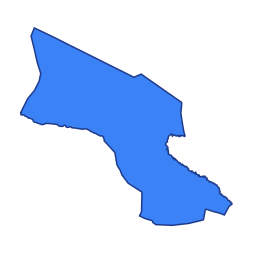 Choibalsan, Dornod, Mongolia (Albers equal-area conic projection), rotated 273°
{"feature_id": "93677404B46281126061299", "entity_name": "Choibalsan", "entity_type": "district", "adm_level": 2, "iso_a3": "MNG", "parent_name": "Mongolia", "parent_adm1": "Dornod", "projection": "albers", "projection_center": [115.229, 48.891], "detail": "fine", "context": "isolated", "style": "filled", "palette": "blue", "viewbox_px": 256, "rotation_deg": 273, "n_neighbors": 0, "source": "geoboundaries", "source_scale": "gbopen_adm2", "svg_char_len": 5380}
<svg xmlns="http://www.w3.org/2000/svg" viewBox="0 0 256 256"><g transform="rotate(273 128 128)"><path d="M156.4,180.1L165.8,165.0L182.5,138.3L179.0,131.2L188.3,109.8L201.1,80.4L207.6,65.3L213.8,51.4L223.0,29.2L214.7,26.4L202.8,30.0L189.2,33.8L177.9,38.0L170.4,36.9L160.9,32.8L152.1,26.3L142.9,22.3L138.1,20.2L138.1,20.5L137.7,20.8L137.4,20.8L137.2,20.8L136.5,20.2L136.4,20.2L135.9,20.3L135.6,20.6L135.5,20.8L135.5,21.6L135.4,22.5L135.7,23.3L135.6,23.6L134.5,24.6L134.4,24.9L134.3,25.7L134.2,26.0L133.9,26.5L133.5,26.8L132.8,28.0L132.4,30.1L131.9,31.5L131.7,32.0L131.3,32.4L131.1,32.6L130.2,32.9L129.6,33.3L129.3,33.6L129.0,34.2L128.9,34.5L128.6,36.3L128.0,37.8L127.4,40.2L126.8,42.0L127.5,44.4L127.7,44.8L128.0,45.0L128.2,45.7L128.3,46.1L128.3,49.1L128.2,52.8L128.0,54.8L127.9,56.4L127.7,57.1L127.4,57.7L126.5,58.9L126.2,59.3L126.1,59.8L126.1,60.2L126.2,61.6L126.1,62.5L126.3,62.9L127.2,63.9L127.4,64.1L127.5,64.5L127.4,64.8L127.1,65.3L126.9,65.5L126.1,66.0L125.8,66.3L125.5,67.2L125.6,68.6L125.9,69.2L126.2,69.9L126.2,70.3L125.9,71.1L125.5,71.7L125.3,72.4L125.2,73.0L125.3,75.6L124.9,76.3L124.9,76.6L125.0,77.1L125.0,77.6L124.6,80.1L124.5,81.4L124.4,82.3L125.0,85.9L125.0,86.7L124.7,87.2L124.4,87.6L123.7,89.4L123.4,89.9L122.8,90.5L122.7,90.9L122.1,92.6L121.1,94.6L121.0,94.8L121.0,95.8L120.8,96.2L120.1,97.4L118.7,100.4L118.6,101.0L118.7,101.6L118.8,102.0L118.8,102.4L118.6,102.9L117.6,103.8L115.9,104.5L115.5,105.0L114.1,104.8L102.8,116.2L90.6,118.9L85.0,122.6L81.0,124.3L72.9,131.0L64.7,145.3L45.1,145.9L40.8,144.1L38.5,149.7L36.6,157.3L35.0,157.7L33.0,160.8L33.1,177.1L35.9,193.8L39.3,205.2L40.3,208.1L50.3,209.5L51.0,210.2L49.1,217.4L47.7,224.1L46.2,228.8L54.9,232.9L57.5,235.8L58.3,235.6L58.3,235.1L58.9,234.8L59.1,234.5L59.4,234.5L59.4,234.0L60.8,233.0L60.8,232.3L61.1,231.7L62.6,230.8L64.1,229.2L64.2,228.9L64.3,228.6L64.3,228.3L64.2,227.8L64.3,227.4L64.8,227.4L64.9,227.1L65.2,226.5L65.6,225.6L65.9,225.2L66.2,225.2L66.9,224.7L67.0,224.7L67.0,224.4L66.9,223.8L66.9,223.6L67.1,223.2L67.3,223.0L67.5,222.9L67.9,222.8L68.4,223.0L68.9,223.4L69.1,223.4L69.3,223.3L69.7,222.8L70.0,222.6L70.5,222.8L71.1,222.5L71.8,222.5L72.1,222.4L72.4,222.1L72.9,222.0L73.2,221.8L73.6,221.2L74.4,220.3L74.9,220.2L75.5,219.8L75.8,219.2L75.8,218.5L76.4,218.3L76.6,218.0L76.7,217.5L76.8,217.1L77.0,216.8L77.4,216.5L77.4,216.4L77.0,215.9L77.7,215.3L77.8,215.0L78.3,214.6L78.3,214.2L78.5,213.6L78.5,213.3L78.3,212.9L78.2,212.7L78.6,212.5L78.5,212.4L78.8,212.2L79.7,211.0L80.0,210.5L80.0,209.9L80.1,209.6L80.6,209.3L81.7,209.7L82.1,209.5L82.2,209.3L82.0,208.9L82.0,208.7L83.4,207.8L84.0,207.2L83.9,206.8L83.4,206.6L83.7,206.4L83.7,206.2L83.4,206.0L83.3,205.9L83.6,205.5L83.7,205.3L83.7,205.2L83.2,205.2L83.5,204.8L83.6,204.6L83.3,203.9L83.2,203.1L83.0,202.8L83.0,202.5L83.2,202.4L83.5,202.2L83.6,201.9L84.1,201.7L84.5,201.7L84.7,201.3L84.6,201.1L84.9,201.0L84.9,200.8L84.9,200.7L84.6,200.6L84.9,200.5L85.0,199.9L85.1,199.6L85.1,199.1L85.8,198.8L85.6,198.5L85.7,198.0L85.7,197.9L85.9,197.9L86.3,198.2L86.5,198.2L86.5,197.8L86.6,197.6L86.9,197.6L86.4,197.2L86.5,197.0L86.7,196.9L86.7,196.7L86.4,196.9L86.2,196.8L86.1,196.7L86.7,196.0L87.1,195.7L87.3,195.3L87.4,195.0L87.4,194.6L87.7,194.8L87.9,194.7L87.7,194.1L87.7,193.9L88.4,193.9L88.4,193.6L88.2,193.1L88.1,192.8L88.4,192.2L88.6,191.6L88.9,191.1L89.1,190.8L89.4,190.4L89.8,190.3L90.0,190.4L90.0,190.1L90.8,190.1L91.1,189.9L92.1,188.9L92.6,188.2L92.7,187.9L92.7,187.6L92.3,187.0L92.4,186.4L92.6,186.2L93.1,186.1L93.3,186.0L93.8,185.3L93.9,185.0L93.7,184.9L93.6,184.5L93.8,184.3L94.0,183.7L94.4,183.7L94.1,183.4L94.2,183.2L94.7,182.9L94.8,182.5L95.0,182.1L95.7,181.9L95.9,181.8L96.0,181.4L95.9,180.9L96.7,179.9L96.9,179.3L97.4,179.1L98.0,178.5L98.3,178.0L98.5,177.8L98.7,177.7L98.8,177.4L99.0,177.3L99.2,176.9L99.5,177.0L99.6,176.9L99.3,176.5L99.3,176.4L99.5,176.3L100.0,175.8L100.0,175.6L99.9,175.5L99.4,175.6L99.5,175.5L99.9,175.3L99.9,175.2L100.2,175.2L100.3,175.1L100.2,174.9L100.6,175.0L100.9,175.0L100.9,174.7L100.9,174.0L100.9,173.8L101.9,173.5L102.5,172.9L103.1,172.5L103.2,172.3L103.0,171.9L103.0,171.2L103.7,170.5L104.0,170.2L104.2,169.6L104.4,169.5L104.8,169.5L105.0,169.7L105.2,169.8L105.7,169.5L106.2,169.6L106.6,169.2L106.8,169.2L107.3,169.4L107.6,169.4L108.7,169.0L108.7,168.8L108.6,168.5L108.9,168.6L109.1,168.6L109.0,168.4L109.3,168.6L109.6,168.3L109.8,168.5L110.0,168.8L110.6,168.9L110.9,168.7L110.9,168.4L111.2,168.1L111.9,167.9L112.2,167.6L112.7,167.0L112.9,166.5L113.1,166.3L113.3,166.3L113.9,166.5L114.5,166.4L114.9,166.6L115.4,167.1L115.9,167.6L116.2,168.1L116.7,168.1L117.3,167.8L117.5,167.8L118.6,168.1L118.9,168.4L119.2,168.6L119.7,168.6L120.2,168.5L120.5,168.6L120.9,168.6L122.3,169.4L122.9,169.9L123.1,170.2L123.4,170.9L124.0,171.5L124.1,171.8L124.3,172.0L124.2,172.2L123.5,172.5L123.2,172.5L122.7,172.4L122.5,172.5L122.8,172.6L122.7,173.1L123.2,173.2L123.3,174.2L123.3,174.4L123.3,174.8L123.3,175.1L123.4,175.3L123.2,175.4L123.1,175.5L122.5,176.5L122.6,177.2L122.9,177.4L123.1,177.6L123.2,177.9L123.2,178.2L123.0,178.5L122.1,179.4L122.1,179.7L122.2,179.9L122.4,180.1L122.6,180.6L122.9,180.2L123.2,180.2L123.3,180.4L123.3,180.8L123.5,181.0L123.5,181.5L123.2,182.0L123.2,182.6L123.3,182.8L123.3,183.2L123.2,183.9L123.0,184.1L122.7,184.4L122.6,184.6L122.6,184.8L123.0,184.9L122.9,185.3L123.0,185.4L126.7,184.1L135.7,182.0L145.5,180.0L155.1,180.4L156.4,180.1Z" fill="#3b82f6" stroke="#1e3a8a" stroke-width="1.5"/></g></svg>